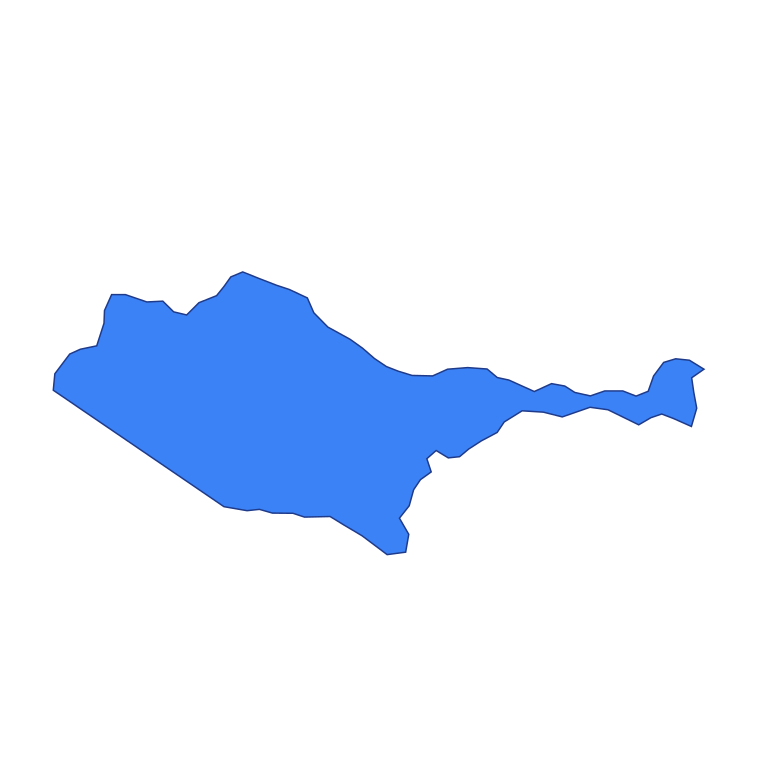 outline of Canas, São Paulo, Brazil, rotated 304°
{"feature_id": "56859067B22920449697894", "entity_name": "Canas", "entity_type": "district", "adm_level": 2, "iso_a3": "BRA", "parent_name": "Brazil", "parent_adm1": "São Paulo", "projection": "albers", "projection_center": [-45.024, -22.743], "detail": "fine", "context": "isolated", "style": "filled", "palette": "blue", "viewbox_px": 768, "rotation_deg": 304, "n_neighbors": 0, "source": "geoboundaries", "source_scale": "gbopen_adm2", "svg_char_len": 1251}
<svg xmlns="http://www.w3.org/2000/svg" viewBox="0 0 768 768"><g transform="rotate(304 384 384)"><path d="M208.4,105.4L193.9,113.3L192.8,319.9L202.4,341.3L210.4,350.8L214.6,363.7L225.9,380.8L229.2,392.5L244.0,413.4L244.7,429.7L245.9,450.6L244.3,482.0L256.7,496.0L273.2,488.6L281.4,471.8L297.1,473.0L312.9,467.7L325.1,467.7L337.5,472.3L346.0,461.3L358.0,464.4L358.7,478.6L366.0,487.3L377.5,490.6L391.3,496.5L407.1,504.9L419.8,504.9L439.0,513.5L449.8,531.9L456.4,550.2L468.4,559.2L479.9,567.8L487.9,584.1L492.6,618.0L505.3,624.1L514.4,631.0L517.2,643.0L520.7,662.6L538.8,656.8L550.3,645.5L561.2,635.6L575.2,641.0L574.5,623.9L568.0,611.7L558.3,603.8L541.4,603.0L525.7,607.1L514.9,599.7L511.8,585.9L501.7,570.9L489.5,561.7L483.7,546.9L483.4,535.0L478.0,522.7L461.8,512.8L457.1,485.3L452.7,474.3L454.1,461.1L444.4,444.2L431.8,428.4L417.9,419.8L406.8,402.5L402.6,388.7L399.8,376.2L399.8,361.7L401.7,346.1L402.1,330.9L399.8,305.6L403.8,286.0L412.5,272.3L409.4,252.6L405.7,239.4L401.7,221.8L397.9,204.2L387.1,197.1L375.1,196.8L363.6,195.8L347.9,185.1L330.9,181.8L326.2,169.3L329.0,154.3L319.4,141.5L313.5,119.6L305.8,108.2L288.6,111.2L277.8,117.9L255.0,124.5L243.0,112.8L233.1,106.7L208.4,105.4Z" fill="#3b82f6" stroke="#1e3a8a" stroke-width="1.5"/></g></svg>